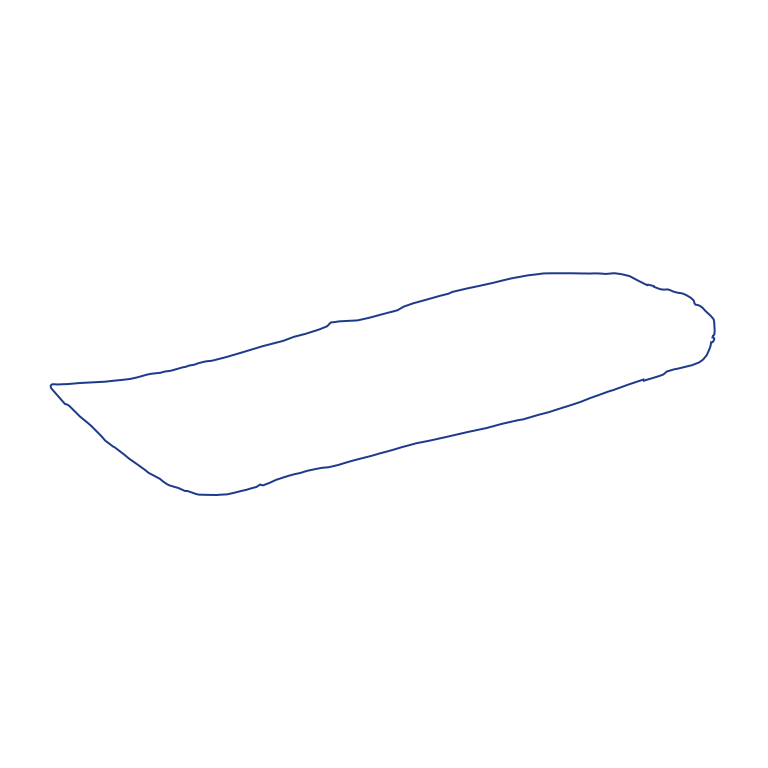 Zamalik, Al Jizah, Egypt (Robinson projection), rotated 267°
{"feature_id": "37247803B72756565577460", "entity_name": "Zamalik", "entity_type": "district", "adm_level": 2, "iso_a3": "EGY", "parent_name": "Egypt", "parent_adm1": "Al Jizah", "projection": "robinson", "projection_center": [31.224, 30.056], "detail": "fine", "context": "isolated", "style": "outline", "palette": "blue", "viewbox_px": 768, "rotation_deg": 267, "n_neighbors": 0, "source": "geoboundaries", "source_scale": "gbopen_adm2", "svg_char_len": 3270}
<svg xmlns="http://www.w3.org/2000/svg" viewBox="0 0 768 768"><g transform="rotate(267 384 384)"><path d="M410.2,715.6L411.9,716.2L413.0,715.7L413.1,715.4L413.3,714.5L414.9,715.0L415.6,716.0L416.3,716.5L419.8,717.0L428.2,717.0L430.9,716.7L432.1,716.1L435.1,713.7L439.9,709.0L443.8,705.8L445.0,704.2L446.1,702.5L447.0,699.1L448.4,698.3L449.7,698.0L451.3,697.6L454.2,694.7L457.1,690.3L458.9,686.5L459.3,684.5L459.7,682.4L461.0,678.1L462.3,675.6L462.4,675.4L463.6,672.5L463.6,668.5L463.8,666.9L464.1,665.3L465.3,662.2L466.9,658.8L467.1,658.5L467.7,658.5L469.4,652.8L469.2,652.5L468.9,652.1L470.5,649.2L473.6,643.7L478.9,634.9L481.3,626.7L482.6,619.8L482.3,611.4L482.5,609.5L482.8,607.6L483.3,602.8L483.5,598.2L483.5,596.3L483.6,594.4L484.2,585.1L484.9,575.1L485.7,559.8L486.1,549.3L485.5,542.0L485.0,533.6L484.0,526.0L483.1,518.9L482.8,516.7L482.4,514.6L481.4,509.0L479.3,498.2L476.9,483.8L475.0,471.6L472.4,457.2L471.6,455.1L470.8,453.1L469.3,445.3L467.4,437.0L465.2,427.2L463.1,417.6L460.3,407.9L456.9,401.2L453.7,385.7L451.0,373.2L448.9,360.9L448.9,343.0L448.9,342.7L448.5,338.6L448.4,337.4L448.3,335.6L448.2,334.0L444.6,330.2L441.9,322.3L438.1,307.8L435.9,296.8L432.3,285.4L428.2,265.1L423.5,246.1L419.3,228.6L416.5,214.8L416.2,212.8L416.1,211.5L416.1,210.7L416.1,210.3L416.0,208.3L415.8,207.1L415.7,205.8L414.6,200.3L414.0,198.1L413.3,196.0L413.0,193.9L412.8,192.3L412.8,191.8L412.7,191.0L412.6,190.1L412.2,189.0L412.0,188.5L411.7,187.3L411.4,185.9L411.3,185.0L411.2,183.9L409.9,178.4L408.4,171.9L407.9,165.7L407.4,163.5L406.9,161.3L406.4,151.9L405.6,147.0L403.7,138.8L402.4,131.4L401.8,123.0L401.5,115.9L401.1,108.7L401.0,107.2L400.9,105.6L400.9,98.8L400.9,89.5L400.9,80.3L400.5,68.6L400.5,66.2L400.6,63.7L400.6,62.9L400.6,61.8L400.6,57.6L400.7,57.1L400.8,56.6L401.0,54.5L401.1,53.0L400.8,52.1L400.4,51.6L399.7,51.1L398.6,51.0L397.7,51.3L397.1,51.5L380.7,64.4L380.2,66.2L380.0,66.6L378.7,68.5L367.4,78.7L360.9,85.9L357.0,89.9L351.9,94.4L346.3,99.4L342.2,102.5L335.7,110.2L335.3,111.0L334.9,111.7L327.0,121.0L322.4,126.0L317.7,132.1L311.0,140.5L307.5,144.4L304.8,149.0L300.9,155.4L299.5,156.9L298.1,158.4L295.5,161.8L294.8,163.0L294.1,164.2L292.6,168.3L291.0,173.0L287.6,179.7L287.5,180.8L287.5,181.9L285.7,186.5L285.1,187.8L284.2,190.0L283.2,193.3L282.7,199.5L282.3,205.1L281.9,211.4L282.0,213.8L282.0,216.2L282.0,221.5L283.2,228.6L284.6,235.6L285.6,241.4L286.2,243.6L286.7,245.8L287.9,251.3L290.1,255.1L289.6,256.1L289.1,257.9L291.1,264.1L294.0,271.4L295.5,277.0L297.1,283.0L298.6,289.8L299.5,295.6L301.3,302.7L302.5,310.2L303.5,317.2L303.8,324.5L305.5,333.9L307.5,341.9L309.4,350.2L311.1,358.6L312.8,367.3L315.1,377.0L316.4,383.4L318.3,391.7L320.1,399.0L321.9,407.5L323.2,413.5L324.8,425.1L328.2,445.5L328.5,447.0L331.7,465.2L334.7,484.3L338.1,500.0L340.8,515.6L341.4,521.1L345.1,536.6L347.2,546.9L349.8,556.6L352.9,568.7L355.8,579.3L359.1,588.9L361.7,597.8L364.6,607.2L366.1,613.2L370.7,628.2L374.5,642.0L374.9,643.3L374.4,643.4L373.7,643.6L377.2,657.9L378.6,662.8L379.2,663.7L380.0,665.1L380.2,665.3L381.7,667.1L383.5,674.8L383.7,676.3L383.9,677.9L386.7,692.7L389.1,699.9L391.6,703.8L395.1,707.1L395.3,707.3L395.4,707.5L400.9,710.4L402.8,711.2L404.7,712.0L408.6,712.9L408.5,714.0L408.5,714.3L410.2,715.6Z" fill="none" stroke="#1e3a8a" stroke-width="2"/></g></svg>